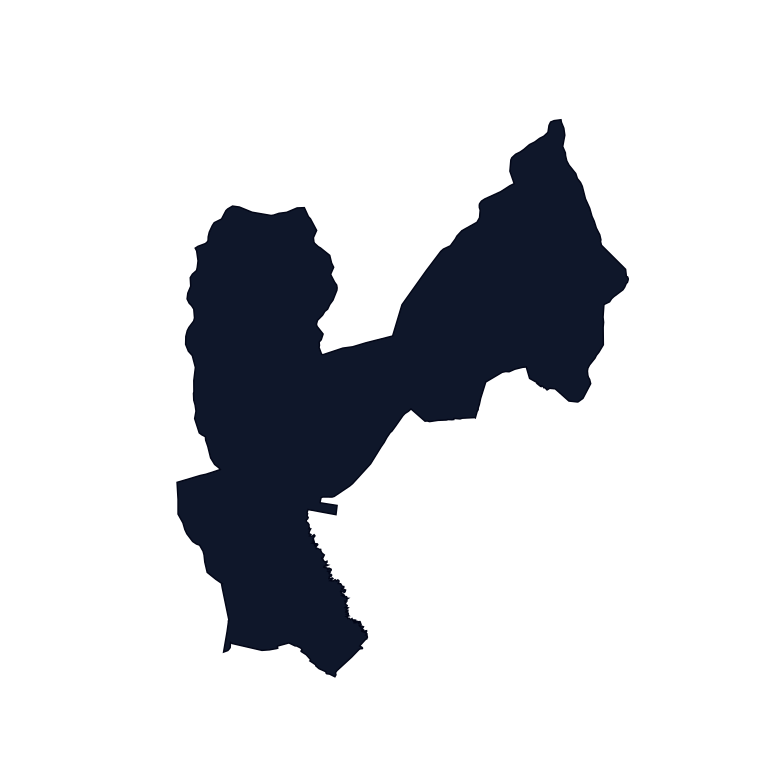 Brestovat, Arad, Romania, rotated 13°
{"feature_id": "2599482B51374026190255", "entity_name": "Brestovat", "entity_type": "district", "adm_level": 2, "iso_a3": "ROU", "parent_name": "Romania", "parent_adm1": "Arad", "projection": "equal_earth", "projection_center": [21.692, 45.902], "detail": "fine", "context": "isolated", "style": "filled", "palette": "ink", "viewbox_px": 768, "rotation_deg": 13, "n_neighbors": 0, "source": "geoboundaries", "source_scale": "gbopen_adm2", "svg_char_len": 6164}
<svg xmlns="http://www.w3.org/2000/svg" viewBox="0 0 768 768"><g transform="rotate(13 384 384)"><path d="M374.1,670.5L380.4,672.9L381.1,674.1L384.8,676.0L392.0,677.4L392.7,678.8L393.4,679.2L396.3,678.9L402.0,680.3L402.6,678.2L401.7,676.2L402.6,673.9L413.9,657.4L419.3,648.4L420.1,647.5L422.4,646.7L422.5,646.2L421.9,645.6L419.2,644.7L423.6,636.8L424.5,636.3L424.8,634.4L424.0,632.8L422.7,632.7L423.7,631.4L422.3,630.5L422.7,629.1L422.5,628.3L420.5,629.1L421.0,630.2L420.8,630.4L417.9,629.9L417.8,629.5L419.4,628.7L419.4,628.2L417.6,628.0L416.9,627.2L418.1,626.8L418.6,625.2L416.8,624.9L415.6,625.9L414.7,625.5L414.2,624.7L415.3,624.4L415.8,623.6L414.1,620.9L413.2,621.1L413.3,622.9L412.9,622.9L412.3,621.5L411.3,621.3L410.6,622.8L409.2,623.2L410.0,621.7L409.6,620.5L409.1,620.5L408.9,621.5L407.8,622.4L407.6,622.0L408.1,620.9L407.8,620.6L406.6,621.2L405.6,619.8L404.4,621.2L402.9,620.1L401.5,620.7L401.0,619.5L399.5,619.0L401.9,617.8L399.5,616.9L401.0,616.3L400.7,615.3L397.8,614.9L397.9,614.1L399.4,614.0L399.9,613.4L399.7,612.6L398.9,612.9L397.8,612.3L399.3,610.2L396.5,610.5L398.0,608.6L398.0,608.1L396.1,607.4L396.0,606.7L395.4,606.3L396.1,605.2L394.9,604.4L396.7,603.8L396.2,602.1L397.3,600.9L395.6,601.2L395.7,600.1L395.2,599.7L393.0,600.5L392.7,600.2L393.1,600.1L393.2,599.1L392.7,598.7L391.6,599.8L390.6,599.7L391.3,599.1L391.6,597.9L389.6,597.8L389.1,596.6L388.4,596.2L388.6,595.5L389.6,595.9L392.4,595.8L392.8,595.2L392.9,593.4L391.8,593.2L391.3,593.9L388.8,593.2L388.7,592.8L390.0,592.7L390.6,591.5L390.4,590.4L388.9,590.6L386.7,588.4L384.3,588.7L384.6,586.9L384.3,585.8L383.6,585.4L382.8,585.4L381.9,586.7L380.4,585.7L379.0,587.3L375.7,587.7L378.0,585.1L377.4,584.7L374.1,585.9L374.1,583.5L375.7,583.2L376.0,582.0L375.1,581.4L373.4,581.4L373.1,580.6L373.7,579.7L372.0,579.2L374.0,578.3L374.4,577.2L374.2,576.4L371.8,575.8L371.4,577.1L370.8,577.5L370.6,576.5L369.9,576.1L366.6,576.1L366.7,574.9L368.5,574.4L370.3,573.0L368.0,573.0L367.8,571.6L368.6,570.3L368.3,569.5L366.7,570.7L364.8,569.8L363.8,568.4L362.6,568.0L362.5,567.5L363.6,567.0L364.3,564.0L361.6,562.7L360.0,560.9L359.5,559.4L357.8,559.7L356.3,559.1L355.1,559.7L354.3,557.9L355.6,555.5L355.1,554.8L354.4,554.8L353.7,556.6L353.0,557.1L352.5,556.4L353.5,555.4L353.3,555.0L350.1,555.1L351.7,553.9L351.5,553.4L349.9,553.0L350.8,552.0L349.6,550.7L350.2,549.5L350.0,548.4L350.7,548.1L350.8,547.4L349.8,546.6L348.1,548.6L345.7,548.7L346.6,547.1L344.4,546.6L344.5,543.9L345.1,541.7L343.2,542.0L343.6,540.6L342.8,539.6L342.7,538.1L341.3,536.6L339.5,535.8L339.0,534.3L338.9,533.6L339.8,532.8L340.2,531.3L338.7,529.6L338.7,527.4L337.9,526.6L338.2,523.4L366.6,522.1L365.6,512.9L348.7,514.1L348.3,513.5L348.2,509.0L349.6,507.9L358.9,505.8L360.8,504.7L373.6,491.0L375.8,488.1L388.9,464.8L395.3,445.9L397.3,440.9L398.8,435.5L401.0,429.9L402.3,428.2L404.9,422.1L409.6,410.5L411.1,408.0L414.0,405.0L415.9,402.2L432.3,411.0L434.5,410.3L436.8,410.4L444.7,407.3L453.4,404.9L453.6,404.4L458.3,403.5L460.0,402.9L459.8,402.0L461.1,401.6L466.0,400.9L468.0,399.7L480.0,396.3L480.6,396.5L480.9,389.9L481.5,387.9L481.2,386.1L481.5,382.6L481.4,376.2L482.7,359.2L496.5,346.0L499.7,344.5L503.2,343.9L508.1,340.2L515.2,336.6L518.8,335.4L524.6,345.8L533.9,348.5L534.1,348.7L533.2,349.2L537.1,351.1L537.7,351.1L537.6,350.3L538.1,350.2L540.1,351.0L540.6,351.7L541.7,351.4L544.2,353.1L546.4,350.9L551.9,350.2L568.0,359.0L576.5,358.0L577.2,357.7L581.1,353.2L585.3,337.2L583.4,333.4L581.6,331.4L580.6,329.5L579.3,325.6L579.1,322.8L580.0,319.2L583.8,311.3L584.5,308.3L586.2,304.8L588.9,296.5L584.8,279.5L584.1,274.5L582.4,269.6L580.5,257.7L580.8,256.8L585.3,253.2L586.6,249.7L588.2,247.3L595.6,238.5L596.7,235.6L597.5,231.2L598.3,230.4L598.5,227.5L598.2,226.2L597.2,224.8L596.1,225.0L593.6,217.9L564.7,199.9L563.0,196.6L562.9,194.7L560.7,190.1L555.8,184.3L552.2,178.1L548.9,173.8L544.9,166.5L538.6,158.2L532.7,146.7L530.1,143.4L526.2,140.3L523.5,135.8L515.1,129.2L511.9,125.5L509.6,120.8L508.7,117.9L504.7,112.4L504.2,100.9L501.7,94.3L498.0,89.1L497.0,86.7L490.5,89.1L487.4,91.3L486.6,94.9L487.1,101.2L486.9,102.3L483.9,106.7L480.4,109.6L476.3,114.4L471.9,118.0L467.3,124.2L464.5,127.3L460.6,130.5L457.7,134.7L457.2,137.1L458.8,148.3L465.8,159.5L462.1,162.5L454.4,170.4L440.6,181.0L437.8,183.9L436.6,186.8L436.6,188.2L437.2,190.6L438.6,192.9L439.7,200.5L438.2,205.5L425.4,217.1L421.8,223.4L420.8,226.9L417.6,234.4L411.5,239.2L409.5,242.0L399.6,264.2L383.7,302.7L381.6,335.3L357.0,348.0L345.1,354.8L335.8,358.3L318.1,369.1L316.6,369.2L312.5,363.0L312.4,360.8L311.5,358.1L311.6,357.3L312.9,355.0L313.4,349.0L305.8,342.9L304.7,340.9L304.9,336.9L308.7,330.7L310.0,326.6L312.2,323.8L313.3,318.7L315.4,313.8L317.0,303.2L316.7,300.9L315.6,298.2L313.0,295.9L307.7,289.7L307.4,288.7L308.7,281.6L305.7,277.9L302.2,270.9L291.5,265.7L289.1,265.0L284.7,262.5L283.8,261.5L282.3,257.3L283.8,249.5L275.2,239.6L272.7,237.9L266.7,230.1L259.7,232.0L250.6,238.6L243.3,241.3L238.4,244.3L236.1,245.2L216.8,246.3L203.3,244.1L196.4,244.7L192.3,248.6L191.0,250.6L188.6,259.8L182.3,265.0L181.1,268.2L179.6,275.3L179.6,280.1L180.3,283.8L179.7,285.6L178.3,287.4L171.8,291.7L169.5,294.1L171.5,296.4L174.4,304.0L175.1,305.8L175.8,312.3L175.8,315.6L172.6,320.1L171.3,324.0L173.7,332.2L172.4,339.6L173.0,345.4L176.0,349.1L178.7,350.8L181.8,353.8L184.5,362.3L184.4,365.5L181.2,372.7L180.3,376.3L180.2,382.2L181.8,390.0L186.0,396.0L190.8,399.4L196.5,410.3L197.9,423.4L200.5,434.2L200.5,436.0L202.3,442.6L204.7,447.0L206.9,452.7L207.3,460.3L215.0,473.2L217.9,474.5L221.8,475.5L222.9,478.9L226.4,484.5L231.7,495.0L237.1,500.5L242.0,502.8L243.7,504.2L230.8,512.0L225.5,514.5L204.5,526.4L209.3,542.8L212.6,557.1L219.3,564.5L222.7,570.6L225.6,574.3L233.0,580.5L237.2,582.1L240.6,582.5L245.3,587.6L247.1,591.0L249.4,597.7L254.1,607.3L264.0,612.1L271.1,614.9L270.6,615.1L272.2,618.9L286.1,649.2L285.6,650.0L285.9,650.3L286.8,660.4L288.0,681.3L291.8,678.8L292.8,676.9L293.4,675.5L292.6,670.3L294.6,671.0L325.0,671.0L332.1,668.8L338.9,665.9L339.9,665.3L339.1,663.5L339.5,663.1L349.6,657.7L356.3,659.2L357.8,658.9L362.3,660.0L364.0,661.4L363.2,662.9L363.6,663.3L369.2,665.3L374.1,668.8L374.6,669.7L374.1,670.5Z" fill="#0f172a" stroke="#020617" stroke-width="1.5"/></g></svg>